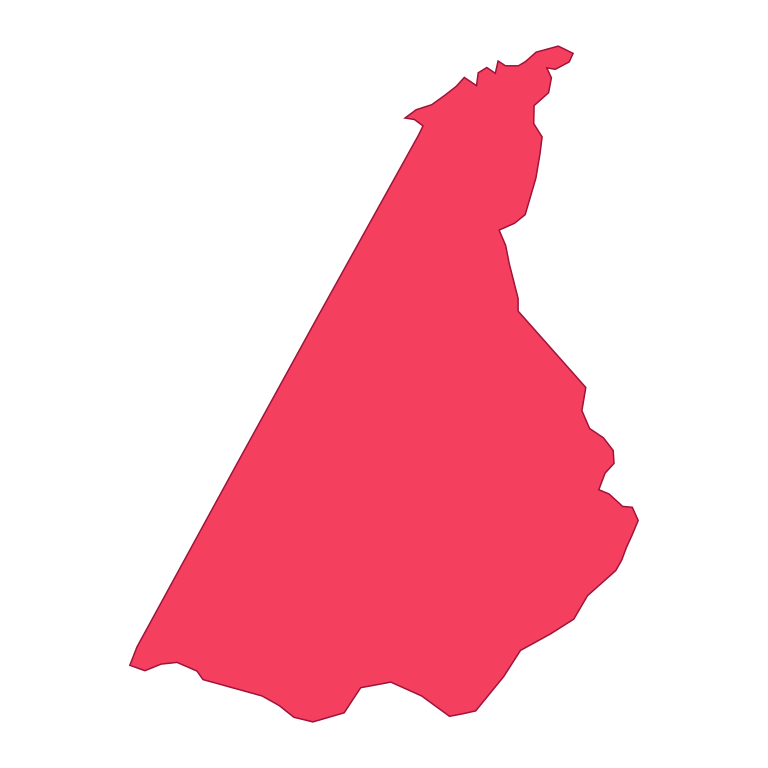 outline of Ipiranga de Goiás, Goiás, Brazil
{"feature_id": "56859067B30942518683814", "entity_name": "Ipiranga de Goiás", "entity_type": "district", "adm_level": 2, "iso_a3": "BRA", "parent_name": "Brazil", "parent_adm1": "Goiás", "projection": "natural_earth1", "projection_center": [-49.647, -15.147], "detail": "fine", "context": "isolated", "style": "filled", "palette": "rose", "viewbox_px": 768, "rotation_deg": 0, "n_neighbors": 0, "source": "geoboundaries", "source_scale": "gbopen_adm2", "svg_char_len": 1073}
<svg xmlns="http://www.w3.org/2000/svg" viewBox="0 0 768 768"><path d="M638.2,520.5L632.3,507.3L622.6,506.4L609.1,494.0L598.8,489.7L605.1,473.1L614.0,463.4L613.2,450.5L603.5,437.9L589.6,428.5L581.9,410.7L585.8,387.5L518.1,311.1L518.1,298.5L509.2,263.4L505.7,245.6L499.1,230.1L514.6,223.2L525.2,214.6L535.9,178.1L540.0,153.8L542.1,136.9L533.7,123.6L534.1,105.6L548.6,92.7L551.4,77.8L546.8,67.9L555.3,69.3L569.2,61.9L573.1,53.4L558.3,46.1L536.2,52.1L525.7,61.4L518.4,65.8L505.4,65.8L498.1,61.0L495.3,73.3L486.8,67.5L478.2,72.8L476.5,85.7L464.3,77.4L456.3,86.3L444.9,95.2L431.7,104.7L416.2,109.7L405.0,118.0L414.4,119.5L423.0,125.9L418.7,134.8L316.6,318.8L237.2,463.3L137.0,646.9L129.8,665.3L144.9,670.7L161.1,664.1L177.1,662.4L197.0,671.1L203.0,679.6L262.1,696.0L279.1,705.5L293.9,717.3L312.9,721.9L344.2,712.8L351.9,701.0L360.7,687.7L390.7,682.1L421.7,696.0L449.5,716.3L462.7,713.8L475.7,710.9L503.6,676.7L520.5,650.4L551.0,633.6L573.8,619.1L587.5,595.7L615.8,570.5L621.7,560.1L626.4,547.5L631.8,535.7L638.2,520.5Z" fill="#f43f5e" stroke="#9f1239" stroke-width="1.5"/></svg>